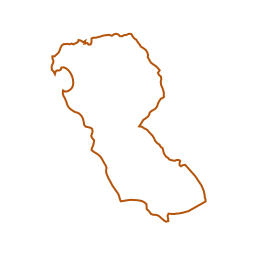 Palhoça, Santa Catarina, Brazil, rotated 159°
{"feature_id": "56859067B52054946990631", "entity_name": "Palhoça", "entity_type": "district", "adm_level": 2, "iso_a3": "BRA", "parent_name": "Brazil", "parent_adm1": "Santa Catarina", "projection": "mercator", "projection_center": [-48.656, -27.763], "detail": "fine", "context": "isolated", "style": "outline", "palette": "amber", "viewbox_px": 256, "rotation_deg": 159, "n_neighbors": 0, "source": "geoboundaries", "source_scale": "gbopen_adm2", "svg_char_len": 2995}
<svg xmlns="http://www.w3.org/2000/svg" viewBox="0 0 256 256"><g transform="rotate(159 128 128)"><path d="M161.0,62.2L159.2,61.7L156.5,61.2L153.7,60.6L151.0,59.9L147.7,58.4L144.7,57.0L142.5,55.7L140.7,54.4L139.4,52.7L138.1,50.5L138.8,47.9L139.6,45.5L138.3,43.1L137.3,39.5L135.6,38.0L133.1,36.9L131.2,35.5L130.0,33.5L129.1,31.7L128.2,30.1L127.2,28.3L126.0,26.9L123.8,26.6L123.0,29.0L122.6,31.8L120.9,33.5L118.1,32.2L115.7,31.1L113.6,30.8L111.7,30.1L108.1,29.4L104.1,29.0L101.4,28.7L82.0,31.6L81.2,33.6L81.2,35.6L80.4,38.3L79.8,42.3L79.9,44.8L80.0,47.9L82.4,58.7L87.8,73.1L90.2,73.7L92.3,73.3L93.2,74.9L92.4,76.9L91.1,78.6L92.1,80.0L94.2,80.7L96.0,80.6L97.8,81.6L99.5,82.8L100.8,83.9L101.4,85.9L102.6,87.3L103.1,89.1L103.6,91.7L103.2,94.7L102.9,96.8L104.2,98.5L104.6,101.2L105.7,102.7L106.7,104.6L107.3,106.5L107.3,108.9L107.9,112.1L109.2,115.1L110.2,117.7L110.8,119.5L112.8,121.7L114.7,124.3L117.0,125.5L114.6,127.2L112.8,128.5L110.8,130.1L108.7,130.5L107.1,131.0L105.2,131.5L103.7,132.6L102.4,134.4L100.5,135.4L98.1,135.7L95.3,136.3L93.0,137.8L91.6,139.7L90.3,141.0L88.4,142.5L86.7,143.6L85.0,143.6L83.3,144.1L82.8,146.0L81.9,148.0L81.6,150.7L81.5,153.1L81.7,156.0L81.0,159.2L79.5,161.5L78.8,164.1L80.1,166.5L80.3,168.8L77.8,170.4L78.6,173.2L79.8,175.8L81.5,178.1L83.1,180.6L83.6,182.9L83.8,184.8L84.2,187.1L83.1,188.9L82.9,191.6L83.3,194.2L85.0,197.0L86.9,199.4L87.2,201.5L87.8,203.4L88.3,205.5L88.6,207.3L90.0,209.3L90.9,212.2L91.1,214.4L93.2,215.6L96.3,215.5L98.5,216.1L100.8,215.8L102.7,216.7L103.5,218.8L105.4,220.3L107.5,220.5L110.1,219.9L111.4,221.1L113.0,222.0L115.1,222.5L117.8,223.1L120.1,223.2L121.8,223.4L123.7,223.6L126.0,223.9L128.3,224.8L130.0,224.6L130.7,222.9L131.5,220.8L132.9,219.4L135.0,220.0L135.4,221.9L138.4,222.3L136.7,224.6L139.0,224.1L140.7,226.5L142.6,227.9L143.7,226.4L145.3,226.0L147.1,225.9L148.9,225.6L150.3,227.0L152.7,227.1L154.2,228.2L156.1,228.6L157.9,229.4L160.2,228.8L162.0,227.3L163.8,225.2L165.8,223.2L168.7,222.1L170.9,221.2L172.9,222.0L173.7,219.8L173.5,217.7L174.5,215.6L176.0,214.3L177.3,212.7L178.2,209.6L177.2,207.4L176.9,204.5L175.3,206.7L173.5,207.2L171.6,206.3L169.7,206.7L168.6,208.3L166.1,207.6L164.4,205.7L163.4,204.2L162.5,201.9L161.9,199.2L161.7,196.6L161.8,194.2L162.4,191.3L163.1,189.4L164.0,187.7L165.3,186.1L167.0,185.0L169.5,184.1L172.2,184.0L174.0,184.8L175.2,186.3L176.4,183.9L176.8,181.3L176.3,178.7L176.2,176.0L176.2,173.8L176.4,171.4L176.1,169.1L175.4,167.1L174.2,165.2L173.2,163.7L171.6,161.8L170.1,160.7L168.4,159.0L167.0,155.6L166.7,153.0L167.0,150.9L167.3,148.8L167.8,146.8L167.1,144.5L165.3,143.3L162.9,141.7L161.8,139.9L162.4,137.2L163.8,135.5L165.2,133.8L165.1,131.4L164.0,128.6L165.6,125.9L167.1,123.9L169.0,122.1L169.9,120.3L168.2,117.6L166.3,115.2L165.2,113.6L164.1,111.4L163.5,109.0L163.2,106.9L162.8,103.8L162.3,101.3L162.3,98.5L163.5,96.6L164.4,93.9L164.4,90.7L164.2,87.6L163.6,83.6L163.2,79.8L162.2,75.9L161.7,73.9L160.7,69.8L160.8,66.8L161.1,64.1L161.0,62.2Z" fill="none" stroke="#b45309" stroke-width="2"/></g></svg>